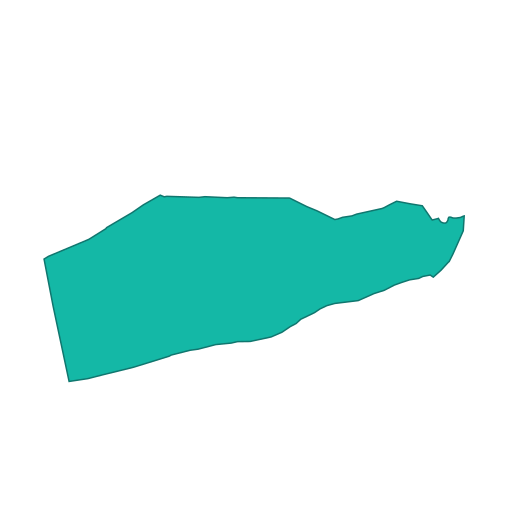 outline of Tucurú, Alta Verapaz, Guatemala, rotated 346°
{"feature_id": "79465075B80923191364064", "entity_name": "Tucurú", "entity_type": "district", "adm_level": 2, "iso_a3": "GTM", "parent_name": "Guatemala", "parent_adm1": "Alta Verapaz", "projection": "natural_earth1", "projection_center": [-90.008, 15.309], "detail": "fine", "context": "isolated", "style": "filled", "palette": "teal", "viewbox_px": 512, "rotation_deg": 346, "n_neighbors": 0, "source": "geoboundaries", "source_scale": "gbopen_adm2", "svg_char_len": 1340}
<svg xmlns="http://www.w3.org/2000/svg" viewBox="0 0 512 512"><g transform="rotate(346 256 256)"><path d="M467.7,267.5L466.7,267.5L465.7,267.7L464.1,268.0L462.9,268.0L461.3,267.8L459.9,267.7L458.5,267.4L457.4,267.1L456.6,266.9L455.6,266.3L454.5,265.5L453.4,265.1L452.4,265.1L451.5,266.2L451.2,267.0L450.8,267.8L450.2,268.4L449.2,269.4L448.0,269.9L446.6,269.6L445.8,269.3L444.0,268.1L443.4,267.2L443.0,266.4L442.6,265.4L442.1,263.6L441.1,263.7L435.7,263.7L435.1,262.4L432.1,254.3L429.5,247.5L418.1,242.6L405.7,236.9L397.9,238.6L392.0,240.1L389.7,240.4L363.8,239.7L358.8,240.3L349.3,239.4L344.4,239.9L341.3,239.7L326.1,226.9L317.3,220.4L302.6,207.9L252.2,195.0L248.9,193.6L242.2,192.5L220.8,186.1L214.8,185.3L183.8,176.5L181.3,176.4L177.8,173.8L159.1,179.1L146.1,184.0L117.9,192.3L116.9,193.2L97.8,199.4L54.6,206.1L49.6,207.7L47.0,255.6L44.3,332.5L63.2,334.3L78.5,334.2L110.3,334.3L147.6,332.2L149.8,331.6L169.2,331.5L177.3,332.4L195.5,332.2L210.9,334.5L217.3,334.6L229.6,337.5L251.1,338.2L262.9,336.2L272.1,332.8L278.6,331.2L284.1,328.2L299.1,325.1L305.4,322.8L312.8,321.3L321.0,321.1L344.4,324.0L361.4,321.0L372.2,320.3L383.1,317.7L391.0,316.9L399.3,316.3L408.4,317.1L412.9,316.2L420.4,316.6L422.9,319.4L432.2,314.5L440.9,308.7L442.1,308.1L447.6,301.7L463.2,281.7L467.7,267.5Z" fill="#14b8a6" stroke="#0f766e" stroke-width="1.5"/></g></svg>